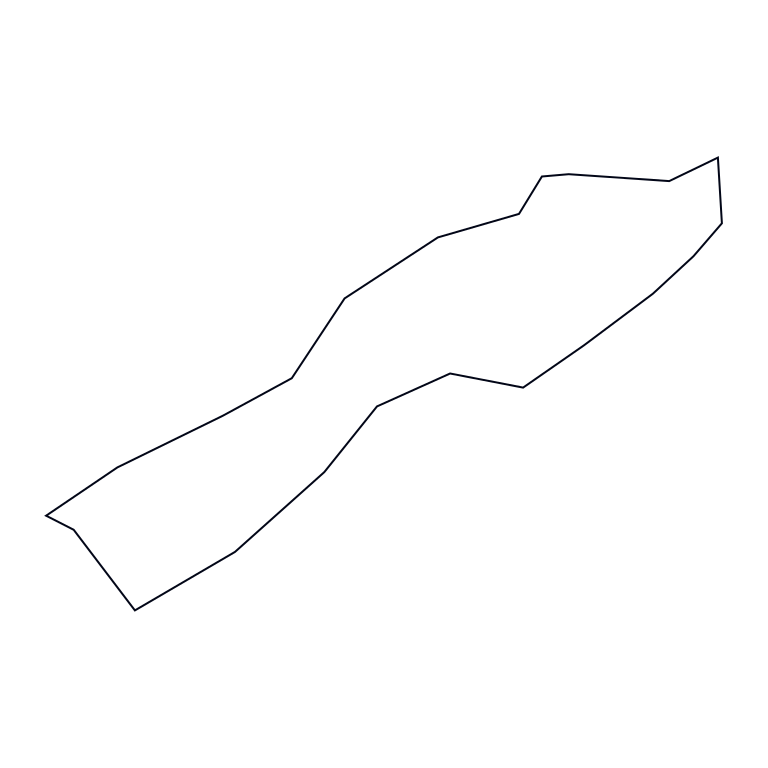 the District of Butambala
{"feature_id": "UGA-5599", "entity_name": "Butambala", "entity_type": "District", "adm_level": 1, "iso_a3": "UGA", "parent_name": "Uganda", "parent_adm1": "", "projection": "natural_earth1", "projection_center": [32.064, 0.13], "detail": "fine", "context": "isolated", "style": "outline", "palette": "ink", "viewbox_px": 768, "rotation_deg": 0, "n_neighbors": 0, "source": "natural_earth", "source_scale": "10m", "svg_char_len": 401}
<svg xmlns="http://www.w3.org/2000/svg" viewBox="0 0 768 768"><path d="M669.2,181.1L717.9,157.6L721.9,223.3L693.5,256.2L652.9,293.7L584.0,345.3L523.1,387.6L450.1,373.5L377.0,406.4L324.3,472.1L235.0,551.9L134.9,610.4L73.7,529.8L46.1,515.7L117.4,467.4L222.9,415.7L291.8,378.2L344.6,298.4L437.9,237.4L519.0,213.9L541.9,176.5L568.7,174.2L669.2,181.1Z" fill="none" stroke="#020617" stroke-width="2"/></svg>